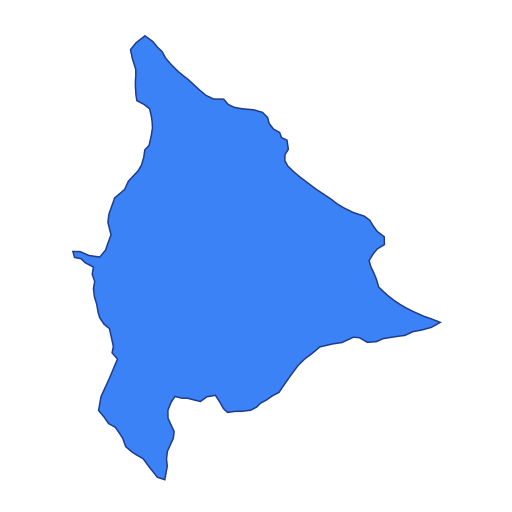 outline of Rio das Ostras, Rio de Janeiro, Brazil, rotated 269°
{"feature_id": "56859067B39929530851792", "entity_name": "Rio das Ostras", "entity_type": "district", "adm_level": 2, "iso_a3": "BRA", "parent_name": "Brazil", "parent_adm1": "Rio de Janeiro", "projection": "mercator", "projection_center": [-41.947, -22.471], "detail": "fine", "context": "isolated", "style": "filled", "palette": "blue", "viewbox_px": 512, "rotation_deg": 269, "n_neighbors": 0, "source": "geoboundaries", "source_scale": "gbopen_adm2", "svg_char_len": 2281}
<svg xmlns="http://www.w3.org/2000/svg" viewBox="0 0 512 512"><g transform="rotate(269 256 256)"><path d="M186.4,439.0L190.2,429.9L192.7,423.0L195.6,416.7L198.4,410.9L201.6,404.9L205.3,398.8L209.6,392.7L214.4,386.8L218.6,382.4L222.7,378.2L230.9,375.9L237.7,373.2L242.9,370.8L249.3,369.0L256.1,373.2L260.9,377.3L265.2,384.6L272.9,384.6L278.6,377.5L283.9,373.8L289.7,370.4L293.9,365.1L297.9,353.8L302.5,344.8L306.8,337.9L311.4,332.2L317.3,323.7L321.9,317.0L325.3,312.7L329.6,307.2L334.2,301.3L339.6,295.1L345.6,289.2L350.9,286.5L357.0,286.8L362.1,290.2L371.3,289.0L374.0,283.5L379.1,281.8L382.6,275.7L388.4,271.4L394.2,270.1L399.5,265.0L402.2,256.3L403.5,244.3L405.1,236.6L408.0,230.9L413.4,226.4L413.7,216.2L417.5,208.7L422.8,202.6L427.9,197.3L433.7,191.2L437.7,186.2L441.6,181.7L445.7,177.6L449.7,173.8L455.7,168.9L461.9,165.8L466.7,160.9L472.1,156.7L478.1,148.8L471.2,139.7L464.5,134.1L455.3,135.9L444.8,139.0L439.1,139.0L431.9,138.4L426.6,138.4L418.8,138.8L413.4,139.6L409.5,146.7L405.1,152.2L396.9,153.9L391.7,154.5L385.8,154.7L378.7,153.5L368.4,151.0L364.1,146.7L356.7,145.5L348.9,143.1L343.3,139.7L333.0,129.7L324.8,125.8L316.5,115.7L307.7,112.4L300.5,109.7L292.3,108.5L279.7,111.4L271.2,108.1L264.6,105.7L257.7,99.8L259.4,89.1L263.5,80.1L263.7,73.0L257.7,74.6L256.3,81.1L252.3,85.0L247.7,93.3L240.7,91.9L233.3,94.3L226.4,92.9L218.2,93.7L210.4,95.9L202.7,97.1L197.1,98.6L190.4,102.9L186.0,108.2L175.6,110.3L168.0,111.8L161.7,110.4L155.4,115.7L136.3,107.3L118.1,98.6L104.3,95.9L97.5,101.4L91.0,105.7L87.3,112.2L82.4,115.6L76.2,119.5L67.7,122.4L62.4,128.3L59.3,132.9L55.3,139.6L48.2,144.6L42.4,149.0L36.5,153.5L33.9,160.9L47.3,163.6L54.8,163.0L62.2,164.0L68.4,166.9L75.0,170.1L81.9,171.1L86.8,168.9L95.3,165.2L103.2,165.2L111.5,168.7L117.0,172.6L115.2,179.1L115.0,185.0L113.2,191.4L111.5,197.9L116.1,204.4L117.4,213.0L109.8,217.7L104.1,220.7L100.1,224.8L101.0,232.3L101.0,239.3L101.9,248.0L104.9,254.0L108.6,257.7L111.9,264.0L115.8,269.8L119.2,276.6L125.0,280.6L130.9,284.9L135.2,288.0L145.6,296.0L152.0,302.6L158.0,310.9L164.0,318.2L166.7,330.8L168.0,340.5L170.5,346.1L173.1,351.9L172.5,358.0L167.7,365.8L168.3,375.0L171.1,381.5L172.2,388.9L173.3,397.0L174.0,403.5L177.6,411.5L179.1,420.4L181.6,430.1L186.4,439.0Z" fill="#3b82f6" stroke="#1e3a8a" stroke-width="1.5"/></g></svg>